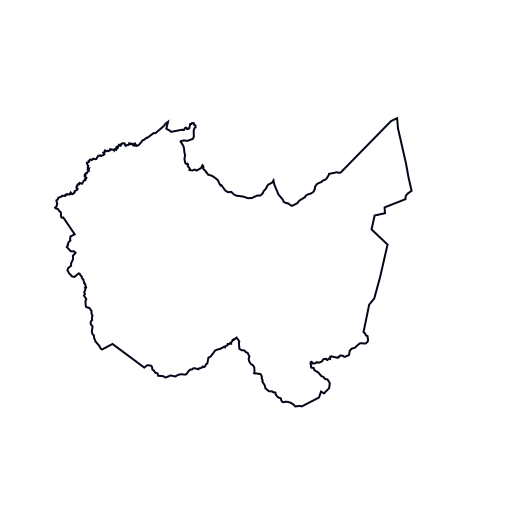 Twifo Atti-morkwa, Central, Ghana, rotated 159°
{"feature_id": "2480657B2289284937660", "entity_name": "Twifo Atti-morkwa", "entity_type": "district", "adm_level": 2, "iso_a3": "GHA", "parent_name": "Ghana", "parent_adm1": "Central", "projection": "orthographic", "projection_center": [-1.532, 5.68], "detail": "fine", "context": "isolated", "style": "outline", "palette": "ink", "viewbox_px": 512, "rotation_deg": 159, "n_neighbors": 0, "source": "geoboundaries", "source_scale": "gbopen_adm2", "svg_char_len": 6156}
<svg xmlns="http://www.w3.org/2000/svg" viewBox="0 0 512 512"><g transform="rotate(159 256 256)"><path d="M266.5,402.3L268.1,403.1L269.0,402.3L270.1,402.8L272.6,399.1L273.9,398.9L274.8,399.2L274.5,399.7L275.6,401.1L277.0,400.6L277.9,399.5L279.0,399.7L279.8,400.4L290.7,402.3L291.6,404.0L294.1,406.9L290.1,412.8L293.2,411.9L295.1,410.5L305.9,406.7L307.6,407.4L315.0,405.3L315.8,405.6L319.3,404.5L320.2,404.7L324.8,402.0L326.2,401.6L327.9,401.5L328.6,401.9L328.1,401.7L327.8,402.1L328.7,403.0L328.6,404.1L329.8,403.6L329.3,402.4L329.7,402.3L330.5,403.2L330.4,404.1L330.9,403.9L330.8,404.5L331.4,404.4L331.8,405.4L332.7,405.3L333.1,406.0L333.7,405.7L334.1,406.5L334.8,405.5L337.7,405.8L338.1,405.5L338.6,406.7L338.2,407.0L338.3,408.1L339.6,409.0L342.2,408.7L342.4,407.6L343.3,407.5L344.2,408.9L345.8,407.3L346.1,407.8L346.7,407.8L346.7,406.2L347.4,406.2L347.6,406.8L348.3,405.5L348.6,406.0L350.0,405.4L349.6,406.3L350.9,406.1L353.2,407.6L353.7,407.2L354.1,407.7L354.6,407.0L356.5,406.8L356.8,407.4L358.3,407.6L359.2,408.7L359.9,407.9L359.9,407.3L361.5,407.2L361.0,405.4L362.4,404.8L363.7,405.2L364.7,404.8L365.5,405.8L366.1,405.6L367.3,406.1L370.4,403.8L371.5,404.0L372.9,405.1L374.4,404.9L374.9,404.4L376.3,405.5L377.3,405.0L377.7,404.2L378.2,404.4L378.5,403.7L380.4,403.7L380.7,401.8L380.3,400.3L381.4,398.8L380.8,397.9L382.0,397.2L381.8,396.8L381.2,396.9L381.6,396.5L381.4,395.5L382.7,395.3L384.1,394.0L384.7,394.4L386.6,393.4L386.3,392.6L387.3,392.2L387.4,391.8L386.3,389.8L386.6,389.4L387.0,389.9L388.3,388.9L388.3,387.9L389.5,388.1L392.6,385.8L394.5,387.4L395.3,386.5L395.7,387.0L397.2,386.5L397.4,385.6L398.2,385.5L399.2,384.2L398.4,382.7L399.3,381.9L401.9,381.6L402.3,380.7L403.1,380.5L403.0,380.1L403.7,379.8L405.1,379.5L405.9,379.9L406.3,381.7L407.2,381.0L407.3,380.3L408.2,380.3L409.9,381.3L410.2,381.1L410.5,381.6L411.0,381.6L411.1,381.1L412.3,381.2L412.6,380.5L415.5,381.7L416.5,381.1L419.6,381.3L420.9,379.7L422.1,379.7L422.6,379.1L422.9,375.8L424.0,374.7L424.2,373.9L426.2,373.1L425.9,372.2L424.0,370.7L423.5,368.2L422.8,367.4L422.6,366.2L423.8,363.2L423.8,361.7L423.3,361.1L422.1,361.0L417.5,341.2L422.3,340.7L423.7,337.9L423.7,337.0L426.5,335.8L427.2,334.3L427.9,333.9L427.9,333.2L429.4,332.2L427.3,326.9L424.2,325.5L423.3,323.6L426.8,321.9L428.0,318.4L431.2,315.5L432.2,313.1L435.5,312.1L437.1,310.5L436.7,306.9L435.4,304.0L435.5,303.4L434.1,302.2L433.1,301.5L427.8,303.3L427.1,302.9L426.6,300.2L426.1,299.5L426.4,297.5L425.6,295.9L425.9,295.0L425.7,293.0L426.2,292.3L425.5,290.8L425.9,289.8L425.8,287.7L427.1,287.5L426.9,286.6L427.6,285.4L429.4,283.7L429.3,281.8L430.8,280.7L429.9,276.6L431.5,274.8L433.0,269.6L431.3,267.8L430.7,267.8L429.9,266.6L429.8,265.1L429.2,263.8L430.2,261.2L430.0,258.9L431.2,257.5L432.0,254.8L433.4,254.2L434.3,253.0L434.7,251.5L433.8,248.9L436.5,243.9L436.6,241.5L435.8,239.9L436.5,237.5L436.4,233.5L434.5,228.3L434.2,225.3L433.2,223.9L421.5,225.3L400.3,191.9L396.7,193.0L393.6,191.5L392.8,190.0L393.4,187.1L392.6,185.9L391.7,183.0L390.1,181.8L390.2,179.2L386.7,177.6L385.0,176.4L384.5,175.3L383.7,174.9L378.6,175.1L374.6,172.5L371.1,172.9L368.4,172.5L364.5,170.6L363.3,170.6L360.2,172.7L358.0,173.5L356.3,173.0L354.8,173.6L353.8,173.4L350.3,170.9L349.6,171.5L347.3,171.1L345.4,171.9L344.2,170.8L342.7,171.5L341.8,172.6L339.8,173.3L336.9,178.1L334.4,178.4L327.8,182.5L324.1,182.4L322.7,182.0L321.6,182.5L320.5,182.3L318.8,182.7L317.9,182.6L317.6,182.0L316.9,182.7L314.6,182.9L313.9,184.0L312.2,183.4L311.5,183.9L310.6,183.1L310.1,184.3L307.9,185.5L307.9,186.0L306.8,186.2L306.7,185.7L306.2,185.8L303.4,186.8L302.2,182.3L303.0,181.3L304.8,175.3L303.2,173.3L300.6,171.8L299.9,169.9L298.5,168.5L298.2,164.6L299.8,162.4L300.1,160.3L299.7,157.5L297.8,154.7L297.6,152.3L299.0,148.2L299.8,147.3L299.0,146.6L297.6,146.2L296.0,145.1L294.4,144.5L293.8,143.3L293.9,140.9L294.5,139.6L294.4,137.3L295.1,136.5L294.2,132.1L294.6,129.0L292.4,125.1L289.4,123.8L288.6,122.4L287.6,122.2L286.8,121.5L287.3,119.6L286.1,116.2L283.9,114.3L284.1,111.9L283.8,110.5L282.7,109.6L280.4,109.3L278.4,108.3L276.6,106.9L274.3,104.1L273.3,101.5L269.0,100.4L267.1,99.2L247.9,101.3L243.9,106.1L241.8,103.4L235.1,106.4L232.7,110.8L233.5,115.2L235.6,116.4L236.5,119.1L237.9,120.2L239.6,124.9L242.4,128.5L242.3,130.8L244.3,131.9L244.4,133.0L243.6,134.6L243.8,135.7L243.0,137.3L242.0,137.3L241.5,135.3L238.7,134.6L237.4,135.2L236.2,134.2L235.1,133.8L231.9,134.0L231.3,134.8L229.8,135.5L227.3,134.9L227.1,133.7L226.6,133.3L224.5,134.1L223.8,133.5L223.7,134.2L222.7,134.7L222.7,135.4L221.6,135.3L216.1,131.6L215.3,132.3L214.5,132.0L213.2,133.0L210.6,131.7L209.9,130.4L209.1,130.0L204.7,130.2L202.4,133.9L200.0,135.2L196.7,134.9L190.7,137.2L188.4,136.7L187.3,135.9L185.0,135.1L182.7,135.8L181.5,137.3L180.6,141.3L181.8,142.4L181.9,144.6L182.9,146.4L167.8,170.0L160.8,174.0L147.8,191.7L129.1,219.5L138.6,239.4L130.7,251.3L120.3,249.7L118.5,255.3L96.1,255.5L94.7,258.4L92.2,259.9L87.4,261.1L85.4,275.0L82.8,288.6L77.7,324.3L74.9,334.1L81.7,333.5L147.0,303.6L148.6,303.8L150.5,305.2L158.4,306.5L158.9,305.6L162.7,302.8L164.4,302.3L166.3,302.5L168.4,301.7L172.8,301.5L174.5,300.6L176.2,299.3L176.9,297.5L177.8,297.0L178.4,296.0L179.8,295.1L183.3,294.6L184.3,294.9L186.8,294.8L188.7,294.0L189.1,293.4L195.1,292.3L197.0,291.5L198.3,290.5L204.4,289.9L205.7,291.2L207.4,294.0L208.2,294.0L210.8,296.6L210.7,298.7L213.0,305.5L213.3,316.3L212.6,320.3L214.7,318.7L218.6,318.3L220.3,317.5L222.6,315.3L225.8,313.7L227.0,312.3L229.6,311.1L230.4,310.9L233.1,312.0L239.5,311.6L240.2,312.1L242.6,312.7L246.7,316.1L252.6,319.3L254.6,321.4L256.1,324.7L259.3,325.6L261.2,328.1L262.9,334.5L263.5,334.5L263.3,334.9L264.1,335.8L264.5,340.6L267.2,345.2L269.2,347.4L271.6,349.1L271.9,351.2L272.6,351.8L272.5,353.0L274.0,356.3L273.0,358.7L273.5,359.9L275.8,357.8L280.5,357.1L281.2,357.3L282.1,358.6L284.9,358.7L287.3,360.1L286.5,361.4L287.5,364.4L286.6,365.8L287.0,366.8L288.0,366.9L288.7,368.0L288.1,372.0L285.9,376.0L285.8,378.1L284.6,382.4L284.4,385.0L285.4,389.8L284.7,390.2L281.9,389.7L278.8,388.1L273.0,388.0L271.3,389.6L269.4,395.0L268.6,396.3L267.2,397.7L266.3,397.8L266.0,398.5L265.8,399.6L266.8,400.8L266.5,402.3Z" fill="none" stroke="#020617" stroke-width="2"/></g></svg>